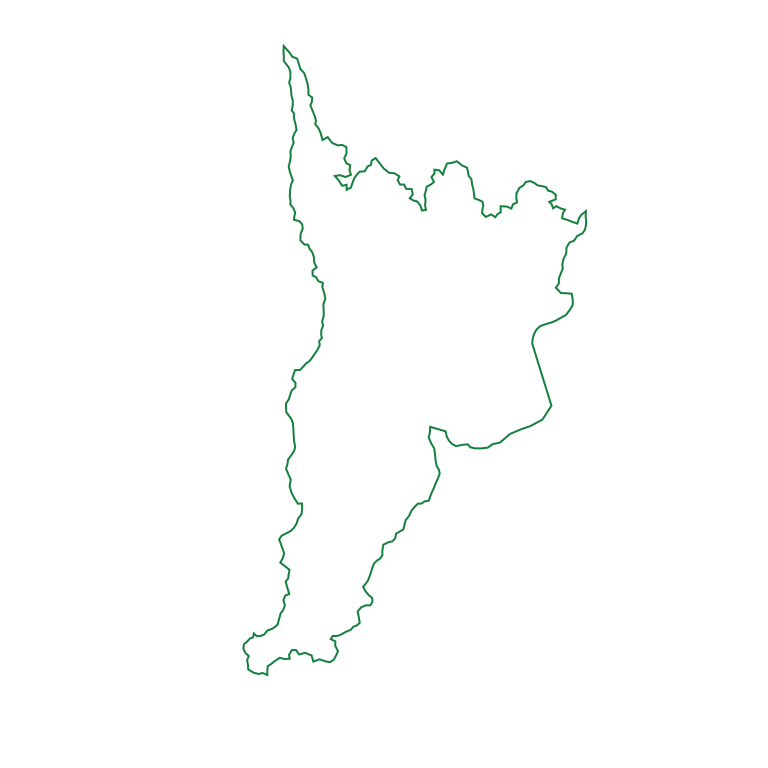 Aurora do Tocantins, Tocantins, Brazil (Albers equal-area conic projection), rotated 282°
{"feature_id": "56859067B18425923118279", "entity_name": "Aurora do Tocantins", "entity_type": "district", "adm_level": 2, "iso_a3": "BRA", "parent_name": "Brazil", "parent_adm1": "Tocantins", "projection": "albers", "projection_center": [-46.425, -12.638], "detail": "fine", "context": "isolated", "style": "outline", "palette": "green", "viewbox_px": 768, "rotation_deg": 282, "n_neighbors": 0, "source": "geoboundaries", "source_scale": "gbopen_adm2", "svg_char_len": 5235}
<svg xmlns="http://www.w3.org/2000/svg" viewBox="0 0 768 768"><g transform="rotate(282 384 384)"><path d="M172.2,416.9L174.3,412.9L177.9,408.5L181.4,405.7L185.0,407.7L188.2,409.1L192.2,409.8L197.1,410.4L202.3,410.9L205.9,411.4L209.7,413.7L212.3,416.4L215.9,418.0L220.8,417.0L226.7,416.8L230.0,421.0L231.9,425.0L235.6,427.1L240.0,426.9L243.0,430.1L245.7,433.2L250.7,433.3L255.5,433.5L260.0,435.9L265.8,437.2L270.9,439.9L274.0,442.0L274.8,445.5L277.5,447.9L279.2,452.1L282.9,452.5L287.3,453.2L292.2,454.3L297.0,455.1L302.5,456.3L307.8,457.1L311.4,455.7L314.6,452.7L318.9,450.7L326.2,448.4L331.5,446.5L335.4,442.8L341.0,438.8L345.8,439.0L351.7,438.1L350.5,454.1L345.8,456.2L342.2,459.2L339.7,462.6L338.2,467.4L340.8,473.3L342.4,478.5L340.1,481.6L340.0,486.3L341.2,492.4L343.3,498.7L347.8,502.9L350.8,509.6L361.3,517.6L368.1,527.3L373.1,535.7L382.2,546.4L397.6,552.3L454.3,520.6L458.8,520.0L464.3,520.4L469.0,521.9L473.1,524.8L476.0,529.4L478.9,534.8L481.8,539.1L485.1,542.7L489.2,547.5L495.1,550.4L500.8,552.2L506.2,550.9L511.4,548.8L510.8,544.4L509.8,538.1L513.9,532.1L518.6,534.1L523.9,533.1L529.5,534.1L534.3,534.9L537.8,533.5L543.8,533.6L549.6,535.1L555.4,534.1L561.0,536.1L563.7,540.1L569.1,542.3L572.6,546.8L576.5,548.4L580.4,548.6L585.2,548.0L590.0,546.3L595.0,545.6L590.6,541.8L586.5,540.3L581.1,539.8L581.9,533.3L582.7,529.3L583.1,523.8L588.1,523.4L592.2,524.8L592.4,520.4L593.8,515.6L591.0,512.8L594.5,510.8L596.6,507.9L600.3,513.5L604.6,512.8L607.0,508.5L607.3,504.3L610.2,501.6L610.4,497.8L610.2,493.0L611.7,489.7L612.9,485.1L611.2,480.7L607.3,479.1L604.0,475.7L598.0,473.9L592.9,474.9L589.3,476.4L586.6,472.8L582.1,472.1L583.1,466.8L582.1,461.1L576.3,462.4L573.8,459.8L570.3,458.1L572.2,453.5L568.6,448.9L571.5,444.4L575.4,444.0L579.2,444.0L582.8,442.4L583.7,438.8L584.4,434.0L589.1,432.3L593.4,430.8L597.5,428.7L602.5,426.9L605.2,423.5L608.7,422.2L612.9,420.2L613.9,415.1L617.0,409.0L614.3,404.1L612.8,399.9L606.7,398.6L601.1,398.1L604.5,393.5L604.1,388.8L600.4,389.6L596.3,387.4L592.1,390.8L588.9,388.4L585.9,384.8L581.6,384.8L577.1,384.4L572.7,386.4L567.4,387.0L563.0,388.8L561.6,385.0L566.0,382.6L569.4,378.6L569.6,374.5L571.0,370.6L575.4,372.7L580.5,370.5L579.5,365.0L583.3,362.2L582.4,358.2L586.2,355.0L590.3,355.9L592.3,350.4L591.7,345.0L594.8,338.8L598.9,334.0L603.3,328.8L600.0,325.5L595.5,325.6L593.3,322.7L588.0,320.9L586.5,315.9L582.8,313.7L578.5,312.0L573.9,311.3L569.2,310.8L566.2,307.0L571.1,306.0L569.2,301.8L573.5,297.7L577.2,292.7L579.1,297.4L578.5,303.4L581.8,308.2L585.9,305.8L591.1,305.4L592.1,301.2L596.4,298.2L602.0,299.4L608.0,297.9L609.1,293.4L607.8,289.1L609.0,283.2L613.8,277.6L609.9,273.2L615.9,270.1L620.2,267.1L623.9,262.7L627.6,262.7L631.7,260.5L636.9,257.0L641.4,254.0L645.2,254.8L649.3,254.2L651.2,250.0L656.4,248.8L661.9,246.7L666.8,244.1L671.5,241.3L674.7,236.7L678.9,234.4L684.2,231.4L685.1,226.2L688.3,222.9L690.6,219.9L693.7,215.7L688.3,216.5L683.9,217.9L679.2,218.7L676.3,222.2L673.4,225.4L669.5,227.6L664.0,228.8L658.9,228.6L655.1,231.0L650.7,232.4L646.8,233.5L642.2,235.9L636.7,236.9L632.3,236.9L629.8,239.9L626.1,240.3L621.9,242.3L618.1,244.2L614.2,245.6L610.4,244.2L605.8,243.5L601.1,245.5L597.1,244.7L591.9,244.1L587.7,245.4L582.2,245.8L577.0,245.5L572.8,247.4L568.4,249.9L564.0,252.6L560.1,251.6L554.9,251.8L548.0,252.8L543.7,254.5L540.1,255.1L537.5,258.5L533.2,261.5L529.5,261.5L526.0,261.7L525.6,267.6L523.1,270.8L519.0,272.2L513.4,271.2L507.0,272.4L503.9,277.2L504.5,280.9L500.8,283.0L498.1,286.3L493.8,288.9L488.2,290.5L484.2,293.9L480.1,290.5L475.2,291.7L474.4,295.4L470.9,298.4L470.2,303.2L466.0,303.5L460.4,306.7L455.2,308.9L449.4,308.1L443.8,309.6L438.2,310.9L432.4,310.5L428.0,312.3L423.7,311.5L419.2,312.3L415.9,313.7L412.6,311.7L408.2,313.1L402.8,311.5L396.0,308.7L391.1,306.5L387.9,303.5L384.2,301.4L380.3,299.0L379.1,294.1L374.4,293.5L369.8,293.1L366.7,297.2L362.4,298.0L358.4,295.0L353.4,294.4L349.3,294.1L344.6,292.2L340.5,293.1L336.3,294.2L333.4,297.3L331.2,300.1L327.2,302.8L321.7,304.6L316.1,306.0L312.1,307.2L308.4,308.3L304.4,310.1L300.3,310.1L295.4,308.3L290.2,305.9L285.3,306.2L280.7,305.8L276.6,308.7L271.0,312.7L264.4,312.9L258.2,316.3L253.0,320.7L249.0,324.7L250.1,328.6L245.6,329.8L239.4,330.4L234.4,327.9L229.6,327.6L224.9,325.9L221.0,323.5L217.9,319.8L214.2,315.3L210.1,313.7L206.7,316.0L202.6,318.5L197.8,321.5L192.7,321.2L187.7,319.7L185.3,324.7L182.6,330.2L178.2,330.3L173.9,330.7L170.4,328.9L166.2,330.9L162.7,332.9L158.8,335.0L156.7,331.5L151.9,330.5L146.7,333.1L141.6,332.3L138.3,330.6L133.1,330.3L126.3,329.9L121.4,325.7L118.7,321.2L114.2,319.0L111.8,315.7L110.9,312.1L112.9,308.5L109.0,308.7L107.1,305.7L103.7,303.8L100.4,301.1L95.8,301.5L92.1,304.3L89.8,308.3L85.4,307.5L81.1,309.3L76.6,310.5L74.5,316.5L74.3,321.7L76.1,325.4L75.1,330.3L79.4,329.5L83.8,328.9L86.6,331.8L90.2,334.7L94.5,339.0L94.3,344.1L95.7,348.9L99.2,347.4L104.6,349.2L105.4,353.3L101.8,357.1L104.6,362.7L103.4,369.6L97.8,372.6L101.3,378.2L100.6,384.0L100.6,388.9L104.0,392.3L108.5,393.5L113.0,394.6L117.8,390.7L122.1,389.9L123.4,384.9L126.9,386.3L127.7,390.3L129.9,394.0L133.5,398.0L136.6,402.5L140.3,404.6L142.2,407.7L145.5,409.9L150.5,407.9L156.1,405.5L160.8,408.1L163.7,412.1L164.7,416.7L168.8,418.0L172.2,416.9Z" fill="none" stroke="#15803d" stroke-width="2"/></g></svg>